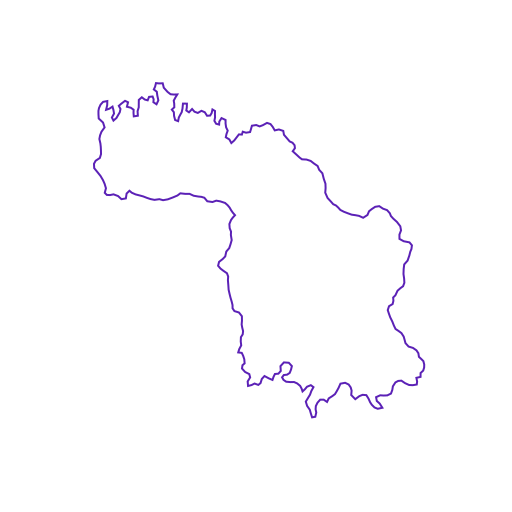 the district of Baldim, Minas Gerais, Brazil, rotated 287°
{"feature_id": "56859067B61909970390541", "entity_name": "Baldim", "entity_type": "district", "adm_level": 2, "iso_a3": "BRA", "parent_name": "Brazil", "parent_adm1": "Minas Gerais", "projection": "albers", "projection_center": [-43.86, -19.246], "detail": "fine", "context": "isolated", "style": "outline", "palette": "violet", "viewbox_px": 512, "rotation_deg": 287, "n_neighbors": 0, "source": "geoboundaries", "source_scale": "gbopen_adm2", "svg_char_len": 4914}
<svg xmlns="http://www.w3.org/2000/svg" viewBox="0 0 512 512"><g transform="rotate(287 256 256)"><path d="M358.7,64.7L355.3,63.1L351.5,62.6L348.7,62.9L345.5,63.9L341.5,65.4L338.9,70.7L334.7,73.6L329.7,71.9L325.8,71.6L322.1,72.0L318.1,74.3L315.1,75.6L311.5,76.9L308.1,78.0L304.1,78.0L300.2,74.8L296.8,74.1L292.7,75.6L289.9,79.8L287.1,83.9L283.9,87.4L280.8,90.1L276.9,92.7L272.2,92.9L270.8,95.5L271.6,98.6L273.3,101.7L273.0,106.6L271.0,110.7L273.0,114.7L277.9,114.0L281.4,115.9L280.2,118.7L279.7,122.8L279.9,127.3L280.0,130.8L279.7,134.6L279.6,138.5L280.0,142.5L282.1,147.0L282.2,150.8L284.4,155.1L287.7,159.4L290.9,163.2L293.8,165.3L294.7,170.0L296.0,174.4L295.4,178.8L296.0,183.4L296.6,186.4L296.6,189.6L294.1,193.4L294.9,198.6L297.3,201.8L297.8,205.8L297.7,210.9L296.3,214.0L294.6,216.6L292.6,218.7L290.7,221.1L288.9,224.0L286.0,222.6L283.2,221.6L278.8,221.2L274.9,222.7L272.0,225.0L268.8,225.8L264.1,228.1L259.7,228.2L255.7,228.1L251.6,226.3L246.6,226.7L243.3,225.0L239.6,222.4L235.6,222.6L233.6,225.7L232.4,228.9L231.0,233.3L228.2,235.4L224.7,236.2L219.9,238.1L215.7,239.7L212.2,241.7L208.7,243.8L205.1,246.2L202.2,247.9L199.1,248.9L197.0,251.5L197.0,256.2L194.3,260.1L190.0,261.5L186.3,262.3L183.4,263.8L180.4,265.6L177.2,266.2L174.0,265.3L169.8,266.4L166.2,268.0L162.1,267.2L158.6,267.2L159.2,270.7L156.8,272.9L153.8,275.0L150.0,276.5L147.6,275.0L144.3,275.5L141.9,279.5L141.1,284.1L138.2,285.9L133.6,284.7L129.4,286.4L131.3,289.5L133.6,291.9L133.4,295.9L135.8,297.5L140.1,297.5L143.7,299.2L142.7,304.2L142.3,308.0L145.6,308.1L148.7,308.6L150.0,311.8L153.3,313.3L157.8,311.6L162.4,313.8L163.5,318.6L161.2,322.5L157.6,322.7L154.0,322.4L151.6,320.4L150.3,317.4L147.6,316.4L145.6,318.5L144.6,321.6L145.5,325.9L146.6,329.2L146.2,332.6L144.7,336.2L142.5,338.4L140.1,340.1L142.8,341.7L145.9,343.0L148.5,346.2L147.4,349.3L143.1,348.4L139.1,348.2L136.1,347.4L131.3,346.2L127.6,348.7L124.7,352.4L121.6,354.4L118.1,356.8L119.6,359.7L123.9,359.4L126.9,357.8L130.0,357.1L133.7,357.7L137.4,359.4L138.4,362.8L137.2,366.6L141.1,367.2L144.4,370.0L147.0,371.9L150.1,372.7L153.9,373.5L158.6,374.1L160.8,378.3L160.2,382.2L158.0,385.0L155.2,386.8L150.9,387.7L148.1,392.8L152.2,395.8L154.4,398.5L155.2,402.2L152.5,405.3L149.5,407.9L147.6,410.2L145.8,413.6L145.5,417.1L147.8,421.2L151.0,417.5L152.7,413.9L156.1,412.1L159.1,415.5L159.9,418.9L161.1,422.3L163.9,425.3L167.8,425.5L171.4,425.0L175.9,426.3L178.1,428.5L179.3,431.5L178.0,435.6L177.4,440.1L178.3,443.7L180.1,447.3L183.0,446.8L186.4,445.0L188.5,448.7L192.2,447.6L195.3,449.4L198.5,449.4L201.4,448.6L204.4,446.8L205.8,444.2L207.2,441.3L210.5,439.7L212.7,437.0L214.0,433.0L214.0,428.4L216.4,424.4L219.3,422.6L222.1,420.8L224.8,417.6L226.0,414.2L227.0,410.8L229.8,408.2L233.2,405.5L236.6,402.3L239.8,399.9L242.8,397.8L246.9,397.9L250.0,400.7L253.3,400.5L256.4,399.3L259.2,400.8L264.2,401.5L267.6,403.6L270.1,405.5L273.8,405.7L277.6,404.3L281.9,402.3L286.8,401.0L291.3,400.2L295.9,402.3L301.3,402.5L305.1,402.3L308.1,402.6L311.8,402.0L313.9,398.8L313.3,392.9L314.3,388.2L318.4,386.9L322.9,387.2L326.6,385.3L329.8,380.8L331.9,376.3L333.7,373.3L336.0,371.5L338.2,367.9L338.4,363.6L339.7,359.3L337.9,355.6L334.6,352.9L331.8,351.0L327.8,350.6L323.9,347.3L324.5,342.8L324.1,339.2L323.5,335.4L323.7,331.3L324.0,327.1L324.7,323.2L326.4,320.4L327.7,317.7L328.1,314.7L329.9,311.8L332.4,307.5L336.8,303.7L341.3,302.7L345.4,301.3L349.7,298.2L354.5,295.3L356.9,291.2L360.1,288.6L361.4,284.4L362.9,280.5L363.0,276.1L361.9,271.7L362.9,268.9L364.7,265.2L366.9,260.5L370.5,261.7L373.2,260.5L375.0,257.8L375.4,254.7L377.2,251.9L380.1,247.3L383.6,245.5L383.7,240.9L381.6,237.2L384.4,234.2L386.4,231.3L386.5,227.6L383.1,224.3L381.0,221.6L381.3,217.9L379.4,214.0L375.8,214.1L372.8,214.1L371.0,210.4L371.0,207.0L368.0,207.0L367.3,204.1L363.8,202.8L360.1,201.4L356.8,199.4L359.7,196.4L360.7,192.4L364.0,192.1L367.6,192.3L370.3,189.8L373.7,188.2L377.2,187.1L377.8,182.7L373.8,181.6L370.9,182.3L370.8,179.2L373.1,176.7L376.6,176.3L379.8,175.2L382.7,174.4L383.4,171.5L379.8,171.8L376.9,171.1L375.8,168.2L378.5,165.0L378.9,161.4L375.8,158.5L376.0,155.0L377.9,151.9L373.8,149.9L374.8,146.8L377.8,146.4L381.5,145.4L380.4,141.6L375.5,142.6L371.8,142.9L369.1,142.3L365.9,141.7L362.2,142.1L362.4,138.9L366.0,136.7L369.5,135.4L371.4,132.7L374.3,134.4L377.9,133.2L380.5,131.9L384.1,132.6L387.5,133.5L386.4,130.3L385.7,127.0L387.1,123.4L390.0,118.6L393.9,116.3L392.7,112.9L392.1,109.8L388.4,110.0L385.4,109.6L384.1,113.1L380.6,114.7L376.3,117.1L372.0,116.5L373.1,112.9L375.9,112.3L378.3,110.5L376.9,107.2L373.2,106.9L373.1,103.9L374.4,100.4L371.0,98.3L366.6,99.6L363.9,100.4L359.9,100.4L355.6,102.0L353.8,98.3L357.1,97.0L360.1,96.2L361.2,92.9L361.0,88.9L365.6,88.7L366.1,85.4L362.2,82.6L359.5,80.9L357.0,83.4L353.6,83.7L350.7,83.0L347.2,82.2L343.8,80.1L346.3,77.7L350.7,78.6L353.9,77.0L356.9,75.1L354.0,72.7L352.0,69.9L356.7,69.6L360.7,68.5L358.7,64.7Z" fill="none" stroke="#5b21b6" stroke-width="2"/></g></svg>